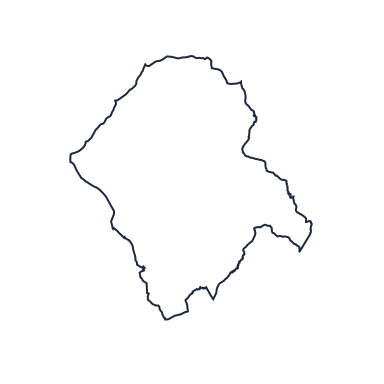 outline of Ocland, Harghita, Romania, rotated 302°
{"feature_id": "2599482B57317224017504", "entity_name": "Ocland", "entity_type": "district", "adm_level": 2, "iso_a3": "ROU", "parent_name": "Romania", "parent_adm1": "Harghita", "projection": "robinson", "projection_center": [25.454, 46.155], "detail": "fine", "context": "isolated", "style": "outline", "palette": "slate", "viewbox_px": 384, "rotation_deg": 302, "n_neighbors": 0, "source": "geoboundaries", "source_scale": "gbopen_adm2", "svg_char_len": 6054}
<svg xmlns="http://www.w3.org/2000/svg" viewBox="0 0 384 384"><g transform="rotate(302 192 192)"><path d="M198.6,314.8L218.8,314.6L219.9,314.1L220.9,314.1L222.5,313.2L222.9,312.5L224.2,311.9L224.5,311.6L225.9,311.2L226.4,310.9L228.3,310.6L228.9,309.1L229.5,308.9L229.8,308.4L230.0,308.0L229.8,307.5L229.0,306.4L227.4,305.1L227.0,304.6L229.8,302.9L230.4,301.4L230.7,299.4L230.9,296.5L230.9,296.0L230.5,295.5L230.5,295.1L230.8,293.4L230.5,292.1L230.6,291.5L230.9,290.7L231.5,289.9L232.1,289.4L234.6,288.6L236.1,286.8L236.6,284.8L237.1,284.3L238.1,283.4L240.1,281.3L241.1,280.6L241.8,280.5L241.5,280.1L240.7,280.2L240.2,279.5L239.4,278.9L239.4,278.5L239.7,278.6L240.1,278.5L240.3,277.6L241.3,277.5L241.4,277.0L242.3,276.8L242.3,276.4L242.1,276.1L241.5,275.6L241.9,275.5L242.6,274.6L242.2,274.0L243.3,273.6L243.6,273.2L243.8,272.3L244.2,271.8L245.5,271.4L246.4,270.3L247.3,270.2L248.3,268.6L248.7,268.2L249.3,268.1L249.9,267.1L251.4,266.3L251.3,264.0L250.3,262.4L249.8,260.4L250.8,255.2L250.7,254.8L250.3,254.6L250.2,254.2L250.6,253.2L251.0,251.7L251.4,250.8L251.3,250.3L250.4,248.2L250.4,247.8L249.9,246.5L249.6,244.0L250.8,243.1L251.2,242.2L252.7,240.7L255.1,239.2L256.0,238.2L256.4,236.9L256.1,236.0L255.9,233.6L255.2,232.6L254.9,231.1L253.8,228.6L252.8,224.5L252.3,224.1L252.0,223.5L251.9,220.6L251.2,219.6L251.2,217.4L252.1,216.0L252.7,214.0L254.4,212.7L255.6,211.5L259.9,211.3L265.3,212.1L266.6,212.0L268.2,211.7L268.3,211.1L268.6,210.8L269.9,210.7L271.1,209.9L273.3,209.0L274.1,208.3L275.4,207.8L277.1,207.7L278.2,207.9L280.0,207.9L281.2,208.6L281.5,208.6L284.4,207.7L285.1,208.8L285.3,208.9L285.7,208.4L287.3,208.5L287.5,208.1L288.1,207.4L288.9,207.5L289.6,207.0L289.6,206.4L289.4,205.7L290.0,205.2L289.4,204.3L289.4,204.0L289.6,203.8L290.3,204.2L290.9,204.1L290.9,203.6L291.7,202.7L292.4,202.6L293.4,201.3L293.4,200.7L293.1,199.7L293.2,198.4L294.2,195.9L294.9,194.7L295.2,191.9L296.3,189.7L297.3,189.0L301.7,186.7L304.8,183.7L306.1,182.1L306.6,179.9L307.0,179.2L308.0,178.3L310.0,176.0L311.5,175.1L310.2,174.6L308.8,173.6L307.3,172.0L304.1,167.5L303.3,165.6L303.0,164.6L303.3,163.6L303.7,163.6L304.6,162.4L307.3,157.2L308.3,155.9L309.4,154.2L310.2,152.1L310.2,151.2L309.9,149.3L307.5,143.3L310.8,140.2L312.8,139.5L313.2,139.1L313.9,137.9L314.3,135.0L314.1,134.0L314.0,133.5L311.6,132.6L311.3,130.2L310.3,128.7L309.4,126.7L308.2,125.4L308.0,124.9L307.7,123.5L307.6,120.8L307.0,119.6L305.7,117.9L305.0,117.6L302.4,114.7L301.4,113.0L298.1,109.8L295.7,102.8L293.7,98.9L288.7,96.8L286.4,95.4L283.6,92.1L276.2,88.9L275.4,87.8L275.0,85.9L275.4,84.8L270.7,85.5L268.4,86.1L267.0,85.8L265.2,86.1L263.1,86.2L261.8,85.9L259.1,85.8L257.1,86.0L255.8,86.5L254.1,87.5L252.8,87.5L250.7,87.2L246.7,86.0L246.2,85.3L245.4,85.1L241.0,84.5L238.8,83.8L230.1,80.1L228.8,78.4L227.3,80.2L226.6,80.8L225.5,81.1L222.6,81.2L219.5,81.9L217.5,81.9L214.2,82.5L213.1,82.5L212.7,82.4L211.8,81.6L209.0,80.4L204.5,80.8L203.1,80.5L201.3,78.9L200.6,78.6L196.0,78.0L194.1,77.4L184.1,77.9L181.9,77.1L180.6,77.0L179.8,76.6L179.2,75.9L178.3,75.3L177.1,75.9L175.9,76.1L174.9,76.5L173.7,76.2L171.7,76.2L166.9,74.5L163.9,72.5L160.6,69.5L159.6,69.2L155.9,71.0L153.0,73.0L153.2,73.7L153.1,75.7L152.8,77.2L151.6,79.2L148.9,83.1L145.2,90.8L145.2,93.1L144.8,94.7L144.7,101.1L144.6,102.9L144.8,107.3L145.2,108.0L145.2,109.7L144.9,113.1L144.4,114.5L144.1,116.4L142.4,121.7L138.8,128.0L134.5,136.0L131.6,137.6L124.1,139.0L120.3,143.0L119.3,143.8L119.0,144.4L120.0,144.1L120.0,145.0L119.5,148.7L118.5,152.3L117.7,156.5L117.1,158.8L118.1,158.8L117.7,159.7L117.5,161.0L117.5,162.2L117.7,163.6L117.6,164.8L117.3,164.9L116.8,166.8L114.9,170.2L114.2,170.7L111.4,173.3L107.7,177.5L106.1,179.0L105.0,179.5L103.9,180.8L103.5,182.0L102.7,183.0L101.3,183.8L101.2,187.0L101.5,190.1L103.0,190.2L102.8,191.3L102.4,192.2L100.3,191.7L100.0,192.8L97.2,190.8L95.8,190.4L92.3,193.5L92.0,195.5L90.9,197.1L90.6,198.6L90.6,201.9L82.5,207.4L82.9,209.1L79.5,210.0L77.1,212.0L77.1,213.8L76.1,217.8L76.6,221.6L77.9,223.6L77.4,225.1L75.6,226.6L74.7,228.3L74.1,230.3L72.6,231.7L71.3,233.6L70.6,235.1L70.7,236.2L69.7,236.7L70.2,237.7L71.0,238.6L71.3,239.1L72.2,239.8L77.7,242.8L79.1,244.0L80.2,245.4L80.7,245.6L81.2,246.1L81.8,247.0L86.8,250.0L88.4,251.8L88.6,251.8L92.5,248.6L93.3,248.1L95.0,246.2L96.3,244.2L97.5,243.7L99.8,244.7L101.6,244.6L104.3,245.0L106.1,245.9L106.5,246.0L107.0,245.6L107.5,245.8L107.9,245.4L112.2,247.5L112.1,248.3L113.3,249.2L113.3,249.7L113.6,250.0L114.6,250.0L115.2,249.3L115.5,249.3L115.8,249.5L115.6,250.2L115.7,250.9L116.4,251.6L116.1,252.6L116.1,252.8L117.3,253.2L117.4,253.6L117.3,254.2L118.7,254.5L114.4,262.4L112.3,266.8L118.3,266.2L120.4,265.6L123.2,264.3L125.4,263.9L128.0,263.7L130.0,264.3L133.6,266.1L135.4,266.3L137.7,267.2L141.0,267.5L144.1,267.4L144.1,267.9L144.9,268.2L145.1,268.5L145.5,268.3L145.6,268.6L145.5,269.1L145.9,269.2L146.8,268.7L147.0,268.9L146.8,269.5L147.6,269.9L147.9,269.9L148.2,269.5L148.6,269.9L149.7,269.8L151.0,270.1L151.2,270.4L151.0,271.0L151.6,271.3L152.9,270.8L153.1,270.0L153.4,269.8L154.0,269.7L154.0,270.1L154.3,270.2L154.6,270.1L154.9,269.5L155.8,269.5L156.9,269.9L157.6,269.3L157.7,268.9L158.1,268.9L158.4,269.5L160.1,269.5L160.7,269.7L161.2,270.2L161.9,270.0L162.4,270.3L162.7,269.9L163.7,269.7L164.0,269.2L165.4,268.9L166.1,268.9L166.4,269.4L166.9,269.5L168.8,268.0L169.4,266.5L170.2,266.0L171.0,265.9L173.0,266.3L174.5,267.0L175.8,266.9L179.0,267.8L182.0,269.0L185.0,268.9L185.8,268.6L188.1,268.4L190.6,267.7L191.9,266.4L192.8,265.7L193.6,264.3L194.2,264.0L194.8,264.2L196.0,265.2L197.5,266.9L198.2,268.7L200.1,269.4L202.7,271.0L203.3,272.0L203.3,273.3L203.5,274.1L204.8,276.3L204.2,277.1L203.8,278.5L202.7,279.5L201.6,280.0L200.1,281.8L200.5,283.9L200.4,284.4L199.8,285.5L199.6,287.6L199.7,288.2L200.1,288.7L201.0,289.2L201.4,289.8L201.9,291.5L202.1,292.9L203.0,293.6L203.8,294.8L204.0,295.8L204.6,297.3L204.6,298.0L204.2,299.3L203.2,300.8L203.0,301.3L203.0,302.5L202.5,304.7L202.1,305.9L202.1,306.3L202.6,307.2L202.6,307.8L202.2,309.0L202.4,310.3L202.2,312.2L199.3,314.3L198.6,314.5L198.6,314.8Z" fill="none" stroke="#1e293b" stroke-width="2"/></g></svg>